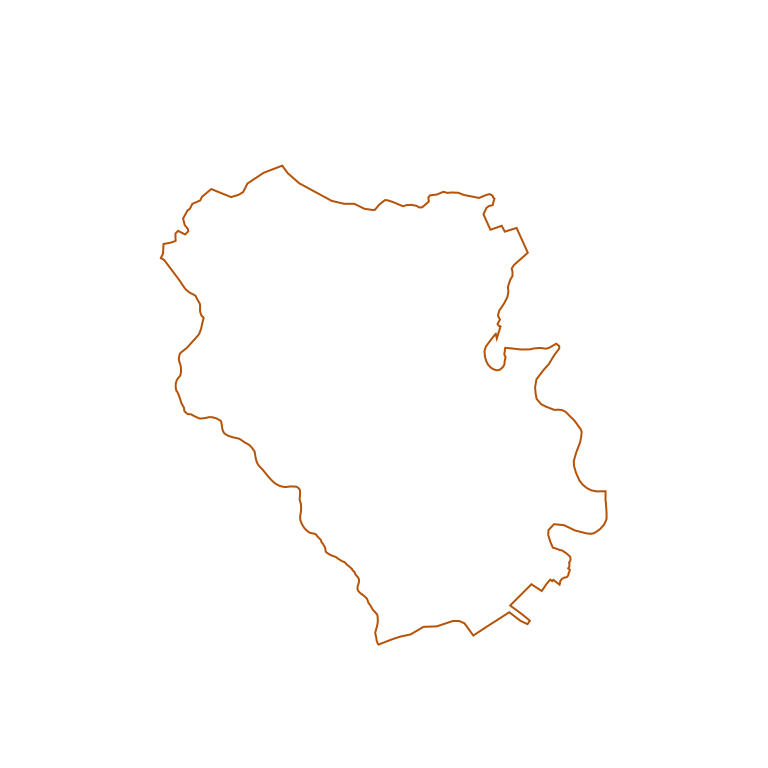 the district of Bata, Arad, Romania, rotated 35°
{"feature_id": "2599482B24264783228230", "entity_name": "Bata", "entity_type": "district", "adm_level": 2, "iso_a3": "ROU", "parent_name": "Romania", "parent_adm1": "Arad", "projection": "natural_earth1", "projection_center": [22.051, 46.0], "detail": "fine", "context": "isolated", "style": "outline", "palette": "amber", "viewbox_px": 768, "rotation_deg": 35, "n_neighbors": 0, "source": "geoboundaries", "source_scale": "gbopen_adm2", "svg_char_len": 5517}
<svg xmlns="http://www.w3.org/2000/svg" viewBox="0 0 768 768"><g transform="rotate(35 384 384)"><path d="M529.1,600.5L530.1,598.9L536.7,589.0L537.5,587.9L542.3,581.5L549.4,573.9L555.6,560.3L558.0,558.5L566.2,552.3L576.3,538.7L581.5,535.0L587.1,533.9L601.4,538.8L607.8,522.8L612.7,511.0L617.5,499.1L626.1,499.5L631.9,499.7L639.3,498.4L639.3,494.3L635.6,493.9L629.9,493.5L628.4,493.4L614.5,493.1L614.5,492.5L619.6,463.5L632.0,463.1L631.8,455.0L632.4,448.9L634.9,449.0L635.0,447.3L642.9,447.7L642.5,446.4L641.4,444.3L641.6,441.5L642.5,439.5L644.5,437.4L644.7,435.3L644.3,434.1L643.7,433.0L643.5,431.3L642.7,429.5L640.6,429.3L640.6,427.3L639.5,425.8L639.2,425.1L638.8,424.6L638.0,424.1L638.0,421.9L636.9,419.9L635.1,418.6L630.5,418.1L625.4,418.2L623.3,419.1L618.9,420.3L616.2,421.2L611.3,418.2L605.1,413.5L602.5,409.3L603.7,401.3L612.4,396.4L624.5,394.4L635.4,390.3L637.3,389.2L639.3,388.1L641.3,386.2L642.6,383.4L644.2,379.0L644.9,373.4L644.5,370.3L643.7,366.9L640.3,362.0L634.2,354.4L631.5,351.4L630.8,350.2L627.0,344.8L619.8,350.0L614.8,352.2L609.9,352.9L604.6,352.5L599.3,350.9L591.9,346.4L586.5,342.0L583.6,338.2L580.7,329.7L578.1,319.3L576.0,314.5L573.5,310.0L571.1,308.2L566.9,306.8L561.5,304.9L558.4,304.3L554.5,303.7L551.4,303.1L548.8,302.6L544.7,303.3L541.4,305.1L538.8,307.3L535.2,308.3L529.5,309.7L524.2,310.4L517.5,308.6L513.6,304.8L509.7,300.1L506.2,292.8L506.6,281.5L507.6,273.5L506.9,262.7L507.2,254.4L505.7,252.4L502.0,252.2L500.4,255.6L498.9,258.9L497.3,261.2L495.9,262.5L492.9,264.0L490.8,265.2L488.2,267.4L485.6,269.6L484.8,270.8L483.3,272.2L479.7,274.8L476.0,277.4L469.7,280.8L462.7,284.7L462.6,285.2L463.8,287.3L465.6,290.8L468.2,292.3L469.8,296.2L471.4,298.9L471.7,301.8L470.8,305.7L468.8,308.0L465.6,309.1L462.6,309.3L458.5,308.6L454.6,306.6L450.8,303.5L447.5,299.5L446.0,295.2L446.1,290.3L446.2,285.5L446.6,279.7L446.8,278.9L450.3,282.0L446.4,270.0L444.6,270.5L442.5,269.6L442.1,264.8L438.2,262.7L437.3,260.6L436.3,257.7L436.3,253.5L436.2,251.1L436.2,249.4L435.6,245.0L435.2,242.0L433.0,237.1L429.8,233.4L427.7,226.5L427.3,221.8L424.8,218.2L422.4,216.3L422.2,212.1L423.8,205.2L424.4,203.0L426.5,194.0L403.1,180.1L395.6,189.9L389.7,186.9L382.7,196.6L368.2,188.0L366.9,181.0L367.9,178.0L370.4,175.2L368.1,168.8L366.2,168.6L365.1,167.5L361.7,167.8L359.4,170.4L355.1,177.1L340.8,183.4L335.2,184.7L329.6,188.3L326.4,191.0L322.3,192.6L318.7,198.4L313.5,203.1L313.4,205.9L316.1,208.9L313.9,217.4L311.7,219.1L308.4,219.4L303.8,221.5L300.0,224.4L297.6,227.5L286.6,229.9L281.5,231.5L279.3,232.8L277.2,239.9L276.6,246.6L274.6,248.1L267.5,251.7L256.3,253.4L248.1,259.2L236.1,264.0L227.3,265.0L216.0,266.3L199.5,268.2L184.1,266.5L179.8,265.0L178.2,264.5L175.4,263.5L173.2,266.8L164.3,279.9L157.2,298.0L158.5,307.7L156.4,312.4L151.5,318.6L136.8,322.0L130.7,323.4L127.5,335.2L128.2,339.0L123.7,346.4L124.5,351.9L123.5,354.4L124.5,363.7L129.6,368.1L134.4,369.5L136.1,371.2L135.3,375.6L127.4,376.7L126.9,380.5L131.2,386.3L128.7,390.0L123.1,395.8L128.3,404.2L128.7,407.3L129.0,408.9L132.6,408.5L136.8,409.8L157.6,416.6L160.7,417.9L166.7,420.1L168.6,420.4L172.2,420.6L178.8,419.8L187.4,424.1L189.6,426.9L191.0,429.2L192.4,430.6L194.6,432.3L196.6,433.0L197.7,433.0L198.5,433.5L199.0,435.2L202.6,444.0L203.8,448.7L203.8,451.1L201.8,467.5L199.6,474.7L199.4,476.3L200.7,479.7L202.0,481.7L203.8,483.3L206.6,485.3L209.1,488.1L210.9,490.8L212.3,493.7L212.0,497.4L212.1,500.0L213.3,503.3L215.5,506.5L217.7,508.6L219.1,508.9L223.4,511.6L226.1,513.6L227.6,514.8L228.6,515.7L231.5,517.1L233.9,518.3L235.8,520.5L238.1,521.1L239.9,521.2L241.2,520.9L242.6,519.9L243.5,519.5L244.7,519.4L246.5,519.2L250.1,518.6L252.6,518.1L254.1,517.1L257.1,514.4L259.0,512.3L259.8,511.4L262.3,509.8L263.5,509.3L266.3,508.3L271.0,507.8L271.9,508.0L273.6,509.6L275.5,511.5L277.5,513.7L279.0,514.8L281.0,515.8L282.1,516.1L283.5,516.0L286.0,515.8L287.9,515.2L290.8,514.3L293.7,513.2L296.0,512.1L297.0,511.9L299.9,511.7L302.4,511.8L304.7,511.6L307.1,511.3L309.4,511.3L311.8,511.8L316.1,513.3L316.8,513.6L320.1,517.0L322.2,519.0L323.7,520.3L325.4,521.4L327.7,522.5L330.7,523.2L332.9,523.6L336.2,524.5L339.8,525.5L343.3,526.5L346.8,527.2L349.7,527.7L351.9,527.9L354.9,527.6L356.8,527.3L359.6,526.4L362.5,524.9L365.7,521.9L368.5,520.0L371.2,518.3L373.9,518.3L375.3,518.8L376.1,519.3L377.4,520.9L378.6,522.7L379.9,524.9L380.8,526.6L382.4,528.1L384.5,529.7L384.9,530.0L386.8,532.5L388.8,535.5L390.1,538.2L390.8,539.7L392.0,541.6L393.0,542.8L393.6,543.5L395.7,545.0L398.2,546.4L401.4,547.7L403.8,548.2L406.2,548.4L407.8,548.5L409.1,548.2L411.2,547.3L414.0,546.2L416.9,547.0L418.7,547.4L419.9,547.6L421.5,547.9L423.6,549.4L425.5,549.9L427.3,550.8L428.7,551.3L430.2,552.4L430.7,552.9L432.0,554.4L432.9,554.9L434.4,555.0L436.4,554.9L438.4,554.7L440.6,554.2L441.5,553.9L443.9,553.4L444.7,553.2L445.6,553.5L449.6,553.3L451.9,553.1L453.4,552.6L454.6,552.6L456.6,553.1L457.6,553.3L459.3,553.4L460.0,553.4L461.5,553.6L463.7,553.9L465.4,554.7L467.1,554.8L468.5,555.4L469.5,556.2L470.5,556.6L472.4,557.0L473.2,557.2L474.8,557.9L475.4,558.3L476.4,559.5L477.2,561.0L477.7,562.2L478.1,563.6L478.6,565.1L479.0,565.9L480.6,567.8L482.4,568.5L484.7,568.9L485.8,569.0L485.8,568.9L487.5,568.9L490.3,569.1L493.1,569.6L494.8,570.7L496.2,571.8L497.1,572.3L499.0,572.9L501.2,573.8L503.8,575.1L505.1,575.5L507.3,575.9L510.0,576.6L511.0,577.0L512.7,578.8L514.2,580.8L515.0,581.8L516.5,584.8L517.4,586.8L517.9,588.5L518.7,590.6L519.2,592.3L520.0,593.4L522.7,595.8L523.9,597.0L524.9,598.2L527.9,600.3L528.2,600.4L529.1,600.5Z" fill="none" stroke="#b45309" stroke-width="2"/></g></svg>